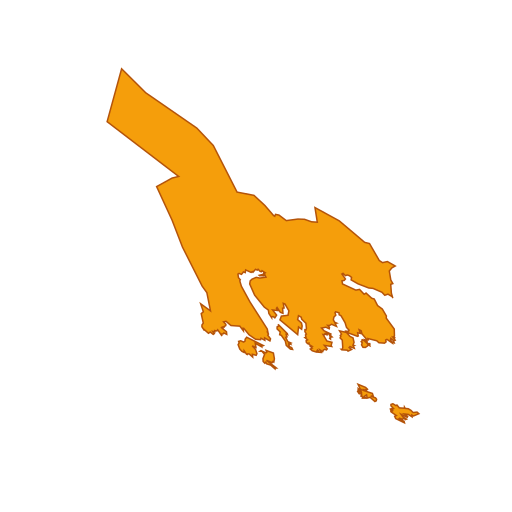 Roan nor, Sør-Trøndelag, Norway (Robinson projection), rotated 224°
{"feature_id": "86288312B70767973443782", "entity_name": "Roan nor", "entity_type": "district", "adm_level": 2, "iso_a3": "NOR", "parent_name": "Norway", "parent_adm1": "Sør-Trøndelag", "projection": "robinson", "projection_center": [10.233, 64.168], "detail": "fine", "context": "isolated", "style": "filled", "palette": "amber", "viewbox_px": 512, "rotation_deg": 224, "n_neighbors": 0, "source": "geoboundaries", "source_scale": "gbopen_adm2", "svg_char_len": 6088}
<svg xmlns="http://www.w3.org/2000/svg" viewBox="0 0 512 512"><g transform="rotate(224 256 256)"><path d="M262.6,183.2L255.1,179.3L255.4,176.5L247.3,171.1L247.0,168.9L245.7,167.5L241.3,166.5L242.0,167.1L236.5,167.4L236.1,169.5L232.3,169.9L232.1,171.3L234.7,171.7L232.9,172.9L233.9,173.7L232.1,174.9L232.3,176.3L224.8,174.8L226.9,175.6L225.6,177.0L225.7,178.3L222.6,179.3L224.6,181.0L231.8,180.4L229.7,181.3L230.5,182.1L229.0,183.3L230.0,183.1L229.4,184.9L230.2,185.9L233.6,186.1L232.2,188.2L225.7,188.6L218.9,194.3L213.1,193.4L215.1,195.1L214.5,195.5L206.3,194.5L198.5,195.8L194.6,199.0L195.3,200.3L191.1,201.5L192.9,203.1L187.0,204.6L188.0,206.5L192.5,207.2L192.8,208.5L195.8,209.4L194.7,209.6L197.2,211.3L228.6,218.8L245.5,224.1L250.5,226.9L250.8,228.0L253.5,228.2L256.4,230.4L256.1,231.7L253.7,232.7L253.9,235.6L254.6,235.6L252.2,236.6L253.8,238.8L248.1,240.8L247.9,242.2L246.9,242.2L247.1,246.1L245.3,246.7L245.3,247.9L242.2,247.8L241.2,248.4L241.5,249.6L237.8,250.3L238.1,249.6L237.1,249.7L238.5,248.8L238.0,248.0L240.3,244.3L239.7,244.3L236.7,247.2L236.5,248.6L234.1,247.7L238.0,242.7L241.0,240.8L242.8,236.5L242.9,234.1L241.1,231.5L229.8,226.9L214.6,225.0L209.6,225.7L206.8,223.6L201.9,222.5L202.6,223.2L201.5,224.4L199.5,224.6L200.1,227.8L206.6,228.7L202.7,231.7L205.0,232.6L205.1,233.6L199.4,232.4L196.8,233.5L200.6,236.9L199.7,238.1L203.5,240.9L201.8,241.6L194.3,239.4L191.8,235.6L196.0,230.4L194.4,226.7L171.4,228.4L176.1,234.5L172.3,235.0L174.2,237.7L176.7,239.4L181.9,239.2L184.0,242.6L180.9,243.4L179.3,242.3L173.4,242.3L169.5,239.0L168.7,237.6L169.6,237.0L168.3,235.6L165.5,234.8L165.6,233.6L163.5,232.2L164.1,231.3L160.7,231.5L161.1,229.9L159.9,228.9L158.0,228.8L157.4,230.1L156.4,229.2L153.1,229.9L153.9,228.8L151.6,228.8L152.3,226.8L149.7,226.9L145.9,228.8L146.5,231.1L145.4,231.1L145.1,229.5L142.1,231.9L144.7,232.9L141.6,233.5L142.2,235.1L141.7,236.7L140.1,237.3L140.2,238.7L144.7,239.2L138.7,243.5L139.8,243.8L141.4,246.7L146.0,244.1L153.3,246.1L152.1,247.0L152.6,248.2L151.5,249.4L150.5,249.0L151.1,248.2L150.1,248.6L151.2,250.4L148.8,250.4L146.2,249.3L145.8,247.9L144.7,248.0L146.1,249.4L145.1,250.6L147.5,250.6L147.9,251.9L155.1,249.5L158.8,249.7L156.3,253.3L152.8,254.5L153.6,255.7L156.2,255.9L154.9,257.0L154.2,259.4L149.2,261.3L152.2,262.5L151.4,263.7L153.4,263.0L156.0,263.8L157.5,266.1L157.5,268.9L159.8,270.1L160.0,271.2L156.8,272.8L155.4,271.5L153.4,272.1L145.6,269.9L141.3,267.5L137.5,267.3L137.2,266.0L139.5,264.1L138.7,263.3L143.9,260.2L140.2,259.2L140.2,257.4L139.2,257.2L138.6,255.5L135.5,255.4L130.1,250.5L129.1,248.9L129.9,248.1L129.1,248.1L125.0,251.6L123.7,251.5L122.3,255.2L125.4,254.8L125.5,256.1L121.2,257.9L123.7,259.1L123.4,259.7L124.3,259.2L125.5,262.0L129.3,264.5L132.7,263.4L138.3,263.9L127.2,268.7L126.9,269.5L129.6,271.4L127.2,272.8L130.6,274.6L128.5,275.3L125.6,273.6L118.5,272.9L118.0,272.1L119.5,271.3L118.5,271.1L119.2,270.3L122.0,269.4L120.8,269.2L120.8,267.4L119.3,267.4L118.4,265.4L115.6,264.6L113.8,266.2L113.3,268.7L113.9,269.8L112.1,270.4L113.6,270.9L112.6,271.4L113.3,272.0L115.2,270.3L118.7,270.3L116.5,271.5L118.4,273.0L117.1,273.7L118.1,274.4L110.3,278.9L107.3,279.0L103.0,282.6L102.8,284.6L104.4,285.7L103.9,287.0L97.8,288.0L101.3,289.4L101.8,290.5L98.8,290.6L97.1,288.9L96.2,289.5L98.2,290.4L97.4,292.1L100.9,292.7L98.8,293.6L101.0,293.7L100.9,294.7L105.8,299.5L119.2,301.8L120.5,303.4L128.3,305.6L134.1,304.8L141.1,307.2L143.4,306.0L151.1,305.8L151.6,303.6L158.3,303.9L160.5,300.8L174.3,296.0L176.9,297.8L175.6,299.7L175.7,301.6L181.6,302.7L181.0,303.6L182.0,304.0L178.0,304.0L177.2,305.7L175.2,306.7L172.4,307.0L171.0,304.9L163.4,306.8L152.7,311.3L149.3,314.0L140.2,317.4L136.1,317.2L134.6,320.2L129.6,321.4L128.3,320.7L132.8,323.3L139.4,329.2L138.4,331.2L142.4,332.4L149.7,337.8L150.0,341.9L148.9,345.5L157.6,343.3L160.4,339.1L164.2,338.4L183.0,343.8L187.3,341.3L220.6,339.1L247.2,331.8L235.4,322.9L239.8,319.2L246.6,316.1L251.5,311.7L258.8,302.5L267.9,301.4L270.9,299.5L270.1,297.6L271.4,297.3L284.7,298.5L299.6,298.2L314.0,288.8L363.4,305.8L387.4,306.9L448.7,296.8L482.7,297.3L456.4,249.2L366.9,259.5L370.5,253.8L375.7,236.9L341.3,223.5L315.0,211.3L273.7,196.9L265.9,195.5L250.6,184.9L262.6,183.2ZM207.3,179.8L203.1,177.8L200.0,177.6L197.7,178.3L198.8,179.6L194.7,178.8L193.2,179.2L194.5,179.3L192.9,180.8L188.2,181.0L190.3,182.8L186.9,184.7L187.5,186.4L191.5,188.5L196.3,188.7L192.5,190.2L195.9,192.7L189.2,194.5L191.3,195.2L189.0,195.5L188.5,196.7L206.3,191.1L206.0,188.6L204.8,187.2L205.1,185.5L208.1,184.4L209.2,182.5L207.8,181.8L207.3,179.8ZM44.9,237.0L42.6,236.1L33.3,239.1L34.7,240.0L40.1,237.8L40.1,239.0L37.0,240.5L37.3,242.1L34.9,242.1L34.4,243.2L38.7,242.3L41.7,242.9L35.2,245.0L35.5,246.0L39.6,245.4L36.5,247.8L32.0,248.7L33.4,249.9L31.6,250.3L29.3,255.7L31.7,255.6L34.3,252.5L37.3,252.6L40.4,251.9L42.8,250.0L44.2,250.4L43.5,249.6L47.4,246.3L51.1,246.7L51.4,245.6L54.9,244.8L55.8,243.0L54.9,242.0L51.2,241.8L52.5,240.1L49.9,240.2L52.0,239.1L50.6,238.9L51.3,238.1L50.7,237.7L44.2,238.7L44.9,237.0ZM177.6,185.1L175.2,185.0L175.2,186.4L173.5,185.8L169.7,187.7L163.9,188.0L164.4,188.6L163.5,189.6L176.0,188.2L170.3,190.5L170.6,191.8L169.5,192.0L171.3,194.8L176.1,198.3L183.2,195.1L181.4,194.3L181.6,193.1L186.7,191.4L186.9,190.4L185.5,191.6L181.5,191.2L179.7,187.0L177.6,185.1ZM80.6,227.8L78.2,230.1L80.6,230.3L80.0,232.9L77.3,231.0L75.7,233.6L69.4,233.9L68.9,235.3L69.7,236.7L71.4,237.0L76.2,235.0L74.4,236.7L76.8,238.0L85.4,233.9L86.0,234.5L84.0,235.3L84.5,235.9L83.3,236.4L83.2,237.6L85.9,237.6L93.5,234.6L88.8,232.8L86.7,233.3L87.5,232.2L90.2,231.6L89.5,231.2L90.2,230.6L86.1,231.5L84.6,230.7L87.8,230.8L87.2,229.8L88.9,230.0L88.9,229.2L86.2,228.6L84.1,230.0L82.5,228.6L83.9,228.0L80.8,228.7L80.6,227.8ZM172.1,212.7L166.6,212.9L164.8,214.2L166.7,214.9L170.5,213.4L169.2,214.3L170.8,214.7L170.4,215.8L172.5,215.8L170.0,216.7L170.7,216.9L170.4,217.7L173.6,216.5L178.2,218.1L177.5,219.4L180.0,220.6L180.4,221.4L179.0,221.6L179.5,221.9L192.6,222.2L190.9,221.4L191.6,219.7L190.2,218.2L185.9,218.2L184.3,215.8L182.6,216.5L175.9,215.2L172.1,212.7Z" fill="#f59e0b" stroke="#b45309" stroke-width="1.5"/></g></svg>